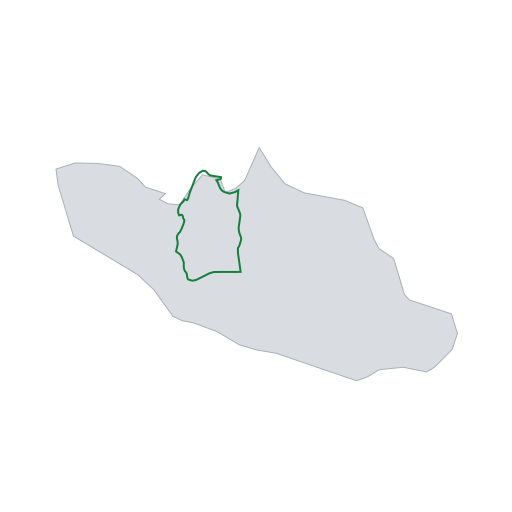 Saint Catherine on a map of Jamaica (Equal Earth projection), rotated 189°
{"feature_id": "JAM-1380", "entity_name": "Saint Catherine", "entity_type": "Parish", "adm_level": 1, "iso_a3": "JAM", "parent_name": "Jamaica", "parent_adm1": "", "projection": "equal_earth", "projection_center": [-76.985, 18.04], "detail": "fine", "context": "in_parent", "style": "outline", "palette": "green", "viewbox_px": 512, "rotation_deg": 189, "n_neighbors": 0, "source": "natural_earth", "source_scale": "10m", "svg_char_len": 1961}
<svg xmlns="http://www.w3.org/2000/svg" viewBox="0 0 512 512"><g transform="rotate(189 256 256)"><path d="M258.7,165.7L282.8,175.3L307.7,180.2L318.5,180.5L328.7,183.5L351.4,206.5L369.8,219.0L439.4,247.1L462.7,295.4L467.1,310.6L449.1,319.6L426.4,322.7L404.8,323.2L384.8,313.9L376.1,306.8L355.2,303.4L360.4,296.9L351.2,293.8L339.6,294.5L331.0,313.1L321.5,327.8L303.3,326.4L296.3,313.9L286.8,319.5L279.0,328.8L269.8,363.5L254.9,346.3L238.7,331.9L218.4,325.9L177.4,324.9L158.0,320.2L142.0,290.9L135.6,282.5L119.5,274.9L103.4,241.2L97.6,236.6L53.9,229.4L44.9,211.0L47.7,194.4L62.3,174.0L69.4,168.2L93.6,169.1L116.7,162.9L126.8,154.2L137.4,148.5L221.0,163.1L240.3,163.3L258.7,165.7Z" fill="#d9dde1" stroke="#a8b0b8" stroke-width="1"/><path d="M340.2,289.6L339.6,292.3L338.7,295.2L336.2,298.7L335.5,300.8L332.8,300.4L332.1,302.3L331.3,308.4L327.8,324.5L325.1,329.3L321.9,331.9L319.3,331.9L317.6,330.9L316.0,329.5L313.8,328.4L302.9,328.4L302.9,326.5L307.0,324.6L304.9,322.2L302.2,317.6L300.1,315.5L297.7,314.3L292.0,313.5L286.8,315.8L283.8,318.2L282.8,305.4L282.9,304.5L282.7,303.4L282.4,302.2L278.5,295.7L278.3,295.1L278.0,294.3L277.8,292.8L277.7,290.7L277.6,281.4L277.3,280.1L276.9,278.3L275.8,275.7L274.6,273.6L274.3,273.1L273.5,271.5L273.3,270.5L273.3,269.2L273.8,265.3L274.3,262.8L275.1,261.0L274.3,256.2L268.7,237.9L295.2,233.6L299.3,231.6L311.2,223.1L314.2,221.9L314.8,221.7L315.4,221.7L319.2,222.2L319.9,222.8L320.4,223.8L321.6,227.5L322.3,228.6L323.9,230.1L324.7,231.3L325.5,233.3L325.9,235.5L326.2,237.8L326.6,238.9L328.9,243.0L331.0,245.6L335.7,248.0L335.2,255.0L335.3,256.0L335.6,257.7L336.9,261.2L337.1,262.5L337.1,263.5L336.4,265.4L336.2,266.0L335.8,266.5L335.5,267.0L335.1,267.4L334.5,268.8L333.8,271.0L332.6,276.4L332.3,278.7L332.4,280.2L333.8,281.9L334.0,282.1L334.2,282.6L334.5,283.8L334.8,284.3L335.2,284.7L335.6,285.0L336.2,285.0L336.7,284.8L337.7,284.3L338.2,284.1L339.6,286.5L340.2,289.6Z" fill="none" stroke="#15803d" stroke-width="2"/></g></svg>